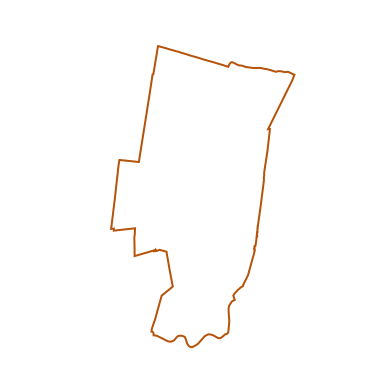 Ivesti, Galati, Romania, rotated 292°
{"feature_id": "2599482B90967632450026", "entity_name": "Ivesti", "entity_type": "district", "adm_level": 2, "iso_a3": "ROU", "parent_name": "Romania", "parent_adm1": "Galati", "projection": "natural_earth1", "projection_center": [27.541, 45.68], "detail": "fine", "context": "isolated", "style": "outline", "palette": "amber", "viewbox_px": 384, "rotation_deg": 292, "n_neighbors": 0, "source": "geoboundaries", "source_scale": "gbopen_adm2", "svg_char_len": 3083}
<svg xmlns="http://www.w3.org/2000/svg" viewBox="0 0 384 384"><g transform="rotate(292 192 192)"><path d="M107.9,272.1L109.7,270.6L111.4,269.1L113.7,269.5L115.5,270.1L116.8,270.6L118.2,271.1L121.1,272.6L121.8,273.0L122.5,273.4L123.4,274.2L124.0,274.6L124.7,274.3L130.0,274.6L131.7,274.8L135.9,275.1L136.5,275.0L137.0,275.0L140.2,274.6L142.3,274.4L147.1,273.8L152.0,273.2L156.3,272.8L158.6,272.5L160.9,272.2L161.1,271.7L162.3,271.7L162.5,271.2L162.9,271.2L163.5,270.9L163.4,270.7L163.7,270.7L165.3,270.3L165.5,271.0L165.8,270.9L166.1,270.9L166.6,270.8L170.6,269.9L173.0,269.2L173.6,269.0L174.0,268.9L174.4,268.8L175.0,268.6L175.1,269.0L175.7,268.8L175.8,268.8L175.7,268.4L178.4,267.6L178.5,267.9L179.4,267.7L179.3,267.4L180.9,267.0L181.2,266.9L182.2,266.7L182.3,266.7L182.7,266.6L182.7,266.4L184.5,265.8L184.6,266.0L186.5,265.5L191.3,264.2L191.6,264.2L194.1,263.6L197.1,262.8L202.1,261.6L226.8,255.1L228.0,254.8L231.2,253.8L231.6,253.4L231.9,253.3L234.6,252.7L235.4,252.2L238.0,251.4L245.1,249.7L257.9,246.7L279.5,240.7L278.7,239.0L332.6,243.1L339.0,243.1L339.4,237.3L339.4,236.2L339.1,235.3L337.8,233.0L337.5,230.5L336.6,227.0L334.9,224.9L334.7,223.0L334.6,221.3L334.5,220.4L334.4,218.7L334.1,216.8L334.0,215.8L334.0,215.5L333.7,214.3L333.2,212.1L332.9,210.5L332.9,209.6L332.3,208.1L331.8,206.7L331.5,206.1L330.9,204.8L330.5,203.7L330.3,203.4L330.0,202.5L329.7,201.6L329.6,201.0L329.2,199.6L328.9,198.3L328.4,196.5L328.0,194.9L328.0,192.9L327.9,191.7L327.8,190.8L327.4,189.4L327.1,188.8L327.0,187.2L327.0,186.1L327.1,184.9L327.3,183.7L327.4,180.9L327.3,180.5L326.9,179.9L326.8,179.6L325.4,179.0L323.8,178.8L321.7,178.7L321.4,175.3L321.3,173.4L321.1,171.2L320.8,168.4L320.4,163.7L319.3,154.2L318.8,147.5L318.0,140.2L317.5,134.2L317.1,129.7L317.0,126.8L316.9,126.3L316.8,125.8L316.6,124.9L316.5,123.8L316.3,121.6L315.8,117.3L315.4,112.6L314.9,108.6L314.6,105.9L312.5,106.3L303.5,108.3L296.8,109.8L286.9,112.0L286.6,111.9L286.5,111.7L286.3,111.4L262.4,117.1L261.7,117.2L251.0,119.7L199.9,131.5L194.5,112.7L189.6,113.8L153.9,123.8L153.7,123.8L130.3,130.1L127.5,130.8L128.8,133.2L126.9,134.0L137.0,152.8L136.5,153.0L132.8,154.2L132.3,154.5L127.8,155.7L125.6,156.7L118.1,159.9L111.5,162.6L111.1,162.8L123.0,177.9L123.8,178.7L123.9,178.9L122.9,179.2L124.0,180.9L124.6,180.6L124.2,181.5L126.2,183.6L127.1,190.7L111.1,200.6L97.1,209.6L87.6,204.4L85.3,203.1L84.6,202.7L83.6,202.8L74.6,203.8L60.2,205.5L55.2,205.7L50.2,206.0L48.9,206.3L47.4,206.7L47.5,207.0L47.5,207.3L47.5,207.7L47.4,208.2L47.1,208.8L46.0,209.5L44.7,210.1L45.0,210.7L45.2,211.4L45.5,213.7L45.2,217.9L45.0,220.6L44.6,224.3L44.6,225.1L44.6,225.4L44.8,226.9L45.4,228.7L47.6,230.9L50.9,232.0L52.6,232.6L53.8,233.8L54.7,235.7L55.0,238.1L54.9,239.6L53.2,241.4L49.6,244.4L48.0,246.8L47.7,248.5L48.1,250.2L51.2,252.9L53.7,254.5L63.1,257.8L66.0,260.3L66.8,262.1L67.1,265.1L66.8,267.4L66.4,270.5L66.5,271.8L67.6,273.4L69.4,274.6L72.5,276.1L73.4,277.4L74.4,278.0L75.8,278.1L78.9,277.2L85.9,275.1L93.9,271.2L97.5,269.6L100.5,269.0L105.0,269.9L105.6,270.2L106.2,270.5L107.9,272.1Z" fill="none" stroke="#b45309" stroke-width="2"/></g></svg>